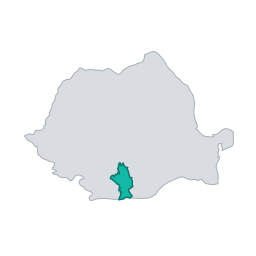 where Olt sits in Romania, rotated 352°
{"feature_id": "ROU-126", "entity_name": "Olt", "entity_type": "County", "adm_level": 1, "iso_a3": "ROU", "parent_name": "Romania", "parent_adm1": "", "projection": "orthographic", "projection_center": [24.399, 44.334], "detail": "fine", "context": "in_parent", "style": "filled", "palette": "teal", "viewbox_px": 256, "rotation_deg": 352, "n_neighbors": 0, "source": "natural_earth", "source_scale": "10m", "svg_char_len": 5941}
<svg xmlns="http://www.w3.org/2000/svg" viewBox="0 0 256 256"><g transform="rotate(352 128 128)"><path d="M198.5,142.6L200.9,145.8L204.0,147.3L210.9,148.8L211.5,148.5L211.5,148.2L211.0,147.8L210.9,147.2L211.2,146.4L212.1,146.3L213.7,146.9L216.6,145.8L220.7,142.9L224.6,142.2L228.3,143.5L230.3,145.1L231.6,146.8L231.4,148.9L231.2,150.2L230.6,155.6L230.1,157.7L229.2,160.0L218.0,163.4L218.7,162.0L218.3,159.8L217.7,158.1L218.7,156.5L216.1,156.1L215.1,157.0L214.3,158.5L215.2,161.9L214.1,163.8L213.7,164.9L213.8,167.4L213.1,168.5L213.0,169.7L214.8,169.3L214.1,171.5L210.9,175.8L209.9,178.3L210.7,188.1L209.4,194.0L209.4,195.7L205.7,195.9L204.6,195.9L201.1,195.1L197.2,193.8L194.8,190.9L193.2,188.8L190.0,189.9L189.4,189.6L188.4,188.6L185.9,188.0L182.9,188.1L175.9,184.4L175.1,183.8L169.7,184.6L161.7,186.8L155.6,189.4L149.3,193.8L146.8,197.1L143.8,198.8L139.6,200.2L131.9,199.8L123.9,198.2L115.4,196.5L110.8,197.5L104.5,196.7L95.1,194.5L88.1,193.8L81.2,194.9L80.1,194.0L79.8,192.9L80.1,191.4L81.1,190.1L82.8,189.2L83.7,188.3L83.8,187.3L82.0,185.8L78.2,183.6L76.6,182.2L76.3,181.9L76.2,180.7L75.4,179.7L73.9,179.0L72.8,177.7L72.0,175.9L72.3,174.2L73.5,172.6L74.9,172.0L76.7,172.2L77.5,171.8L77.2,170.7L75.5,169.2L72.3,167.4L69.0,168.3L65.6,171.8L63.2,172.3L61.8,169.8L59.2,168.3L55.4,167.7L53.1,166.7L52.3,165.3L50.7,164.2L47.1,162.9L47.1,161.8L47.7,161.5L49.0,161.5L50.7,161.3L51.0,160.7L51.1,160.1L49.8,159.4L48.4,158.8L47.7,158.3L47.3,157.7L47.2,157.2L47.6,156.8L48.2,156.8L48.7,156.5L49.1,155.2L49.9,154.1L50.4,153.7L50.4,152.9L49.9,152.1L49.1,151.5L48.1,151.0L44.7,149.8L43.0,148.1L42.0,148.0L40.3,147.1L38.6,145.6L37.1,143.6L35.5,142.3L35.1,141.8L35.0,141.3L35.4,140.7L35.4,140.1L35.0,138.2L35.4,136.2L35.4,134.3L35.4,133.4L35.1,133.2L34.8,133.4L34.4,133.8L34.0,133.8L32.8,132.4L31.4,129.5L30.4,128.5L28.4,127.1L26.7,126.0L25.6,123.5L24.4,121.7L25.3,120.9L30.3,120.1L32.5,121.3L33.5,120.9L34.6,120.1L35.2,119.5L35.3,118.8L35.8,117.9L37.5,117.5L41.9,118.3L43.7,117.1L44.4,116.4L44.9,114.9L45.4,113.7L47.0,113.1L47.0,112.0L46.8,110.8L47.8,108.2L48.4,107.1L49.3,106.7L50.4,105.9L52.3,104.2L51.9,102.6L52.4,101.5L54.4,98.8L55.9,96.2L56.0,94.8L56.2,93.7L57.5,92.4L59.0,90.8L60.9,85.7L61.6,84.8L62.8,83.9L63.7,82.9L63.9,79.5L64.7,78.5L66.3,77.4L67.9,75.7L69.2,73.6L70.2,72.7L71.5,72.4L72.9,71.7L74.5,71.4L76.0,71.8L76.9,71.6L78.4,70.6L82.2,66.8L82.7,66.1L83.5,65.6L86.5,64.3L87.3,63.0L88.3,61.8L89.6,61.9L93.9,64.9L98.5,64.8L99.4,64.9L99.6,65.0L100.2,65.2L106.3,66.7L107.3,66.6L107.5,66.4L110.0,67.7L112.2,67.5L114.3,66.7L116.5,66.4L118.4,66.9L120.0,68.6L123.9,72.2L125.1,73.5L126.9,73.3L128.9,72.6L130.9,70.2L137.1,67.4L141.8,66.6L146.4,65.5L151.7,64.6L153.2,62.3L154.0,60.7L154.5,57.9L157.3,57.0L160.0,56.4L161.0,56.0L163.0,55.8L164.5,56.0L166.9,57.3L168.6,59.0L169.3,60.4L170.8,62.3L172.4,65.0L174.2,68.7L174.7,70.5L175.4,72.5L176.7,74.9L179.2,77.5L179.5,78.0L180.7,79.9L182.9,84.0L184.7,85.7L186.3,87.4L187.2,89.3L188.3,90.9L191.0,93.0L193.2,94.9L195.1,100.7L196.4,103.3L197.3,105.3L197.1,109.5L197.7,111.3L196.9,114.6L195.4,121.2L195.2,126.4L195.7,129.2L195.8,131.0L196.3,132.1L196.9,134.5L197.0,136.5L196.4,137.1L195.6,137.7L195.2,138.1L196.1,139.0L197.3,140.7L198.5,142.6Z" fill="#d9dde1" stroke="#a8b0b8" stroke-width="1"/><path d="M109.2,197.8L109.0,197.7L110.3,195.1L110.4,194.9L110.8,194.5L110.9,194.4L111.0,194.0L111.1,193.8L111.4,193.6L111.5,193.4L111.8,192.6L111.8,192.3L111.8,192.1L111.5,191.5L111.4,191.3L111.5,191.0L111.7,190.9L112.2,190.6L112.3,190.4L112.3,190.1L112.2,189.8L112.1,189.5L111.8,189.3L111.5,189.2L110.8,189.2L110.6,189.1L110.3,188.8L110.3,188.6L110.3,188.3L110.4,188.0L110.5,187.5L110.5,187.2L110.7,186.9L110.8,186.8L111.0,186.8L111.5,186.9L111.8,186.9L111.9,186.6L111.4,185.8L111.3,185.0L111.2,184.6L111.3,184.2L111.4,183.9L111.5,183.7L111.3,183.2L110.9,182.7L110.7,182.5L110.1,182.3L109.3,181.8L109.1,181.5L108.8,181.1L108.6,180.7L108.4,180.3L108.2,180.1L107.7,179.7L107.4,179.4L107.2,179.0L106.9,178.3L106.6,178.0L106.3,177.9L106.0,177.8L105.8,177.7L105.6,177.5L105.1,176.6L104.8,176.4L103.9,175.9L103.7,175.7L103.6,175.4L103.6,175.2L104.0,174.4L104.8,173.4L105.7,172.9L105.9,172.8L106.2,172.8L106.4,172.8L106.7,172.9L106.9,173.1L107.1,173.3L107.3,173.7L107.4,173.8L107.6,173.8L107.9,173.7L108.6,172.7L108.8,172.4L109.1,172.3L109.3,172.2L109.6,172.3L110.2,172.4L110.4,172.4L110.6,172.3L111.3,172.0L111.4,171.7L111.6,171.1L111.7,170.8L112.0,170.6L112.3,170.7L112.4,170.8L112.3,171.1L112.3,171.3L112.4,171.5L112.5,171.7L112.7,171.9L112.9,172.1L113.0,171.9L113.1,171.2L113.0,170.5L112.7,169.9L112.5,169.5L112.6,169.0L112.3,167.6L112.2,166.9L112.2,166.7L112.6,166.2L112.9,165.7L113.1,165.3L113.3,164.9L113.4,164.2L113.5,163.8L113.5,163.4L113.7,163.1L114.3,162.0L114.4,161.7L114.6,161.5L114.9,161.4L115.1,161.4L115.3,161.4L115.5,161.7L115.6,161.9L115.5,163.4L115.8,164.1L115.9,164.3L116.1,164.3L116.3,164.3L117.2,163.5L117.4,163.3L117.5,163.1L117.7,162.5L117.9,162.2L118.1,162.1L118.3,162.1L118.4,162.3L118.5,162.5L118.5,162.8L118.4,163.1L118.5,163.5L118.6,163.9L119.6,165.9L119.9,166.3L120.3,166.7L120.7,166.8L121.0,166.8L121.4,166.7L121.8,166.8L122.0,166.9L122.1,167.1L121.9,167.3L121.5,167.5L121.3,167.6L121.2,167.7L121.1,167.9L121.2,168.2L121.8,169.1L121.9,169.6L122.1,170.3L122.1,170.7L122.2,171.0L122.3,171.5L122.5,172.9L122.5,173.1L122.4,173.5L122.4,173.8L122.4,174.1L122.6,175.1L122.8,176.5L122.9,177.0L123.0,177.2L123.2,177.4L124.3,177.5L124.8,177.8L124.5,178.5L124.5,178.8L124.5,179.3L124.7,180.7L124.8,182.2L124.7,182.9L124.4,184.0L124.4,184.8L124.5,185.3L124.6,185.8L124.6,186.4L124.5,186.7L124.2,186.9L123.4,187.0L123.1,187.1L122.9,187.3L122.2,188.0L121.7,188.3L121.3,188.3L120.9,188.4L120.5,188.6L120.0,189.3L119.9,189.7L119.9,190.3L120.6,192.1L121.4,193.7L122.4,195.3L122.5,195.8L122.5,196.1L122.3,196.2L121.7,196.5L121.4,196.8L121.1,197.0L120.6,197.6L117.0,196.3L116.2,196.2L115.4,196.5L114.1,197.4L113.7,197.6L113.3,197.6L109.2,197.8Z" fill="#14b8a6" stroke="#0f766e" stroke-width="1.5"/></g></svg>